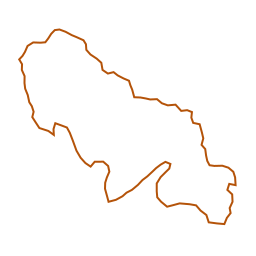 Tiradentes, Minas Gerais, Brazil, rotated 175°
{"feature_id": "56859067B53051915748511", "entity_name": "Tiradentes", "entity_type": "district", "adm_level": 2, "iso_a3": "BRA", "parent_name": "Brazil", "parent_adm1": "Minas Gerais", "projection": "orthographic", "projection_center": [-44.158, -21.116], "detail": "fine", "context": "isolated", "style": "outline", "palette": "amber", "viewbox_px": 256, "rotation_deg": 175, "n_neighbors": 0, "source": "geoboundaries", "source_scale": "gbopen_adm2", "svg_char_len": 1562}
<svg xmlns="http://www.w3.org/2000/svg" viewBox="0 0 256 256"><g transform="rotate(175 128 128)"><path d="M25.8,61.7L25.6,69.5L26.9,75.2L31.4,79.7L37.3,82.2L45.3,82.7L50.0,83.8L51.9,88.3L52.6,93.7L52.9,100.3L56.2,104.8L53.9,111.1L54.8,117.2L56.3,125.5L62.6,127.4L64.0,132.8L62.9,138.3L67.5,140.6L73.5,140.4L78.6,147.1L86.4,147.1L92.1,149.7L96.6,154.2L103.4,154.5L107.8,155.9L112.9,157.3L119.1,158.1L120.5,165.9L121.9,170.3L122.9,175.0L128.0,177.7L133.7,181.3L137.5,184.9L143.3,184.0L148.3,188.1L148.9,195.3L153.1,199.8L159.0,204.5L162.7,209.5L162.6,215.1L164.7,219.3L171.3,223.0L175.9,225.4L181.8,229.3L187.7,232.1L192.4,231.9L196.3,228.5L199.7,224.1L202.9,220.6L207.7,220.6L215.0,221.5L220.9,218.5L224.0,212.8L226.8,209.0L230.4,205.8L228.0,200.8L228.7,195.1L226.5,188.7L227.2,181.8L227.0,176.1L225.0,169.6L224.1,162.3L221.9,158.1L220.6,152.4L222.4,147.2L219.9,142.4L216.3,135.7L207.6,132.0L202.5,127.6L202.3,133.4L200.0,139.1L194.2,136.4L188.8,133.8L186.4,128.3L184.0,120.0L181.3,109.9L177.8,102.5L173.5,96.8L168.6,92.8L164.1,97.3L155.6,96.6L151.1,91.9L150.4,86.1L153.4,80.5L155.5,75.4L156.2,69.5L154.8,61.9L153.8,56.2L146.3,57.5L139.4,60.5L135.1,63.7L129.5,66.0L123.0,70.5L118.1,74.9L113.0,78.1L107.6,82.3L103.5,85.6L98.6,88.7L93.7,91.0L88.9,88.5L90.4,84.0L94.2,80.9L99.8,76.2L104.2,70.3L104.9,62.4L104.9,56.4L101.5,51.7L95.9,46.2L89.8,47.2L83.1,48.4L73.3,46.7L66.9,45.0L62.9,39.4L57.5,34.5L55.8,27.0L47.7,25.2L40.4,23.9L37.3,29.9L33.2,34.3L33.7,39.4L30.3,45.4L30.0,52.8L34.4,57.7L32.0,63.5L25.8,61.7Z" fill="none" stroke="#b45309" stroke-width="2"/></g></svg>